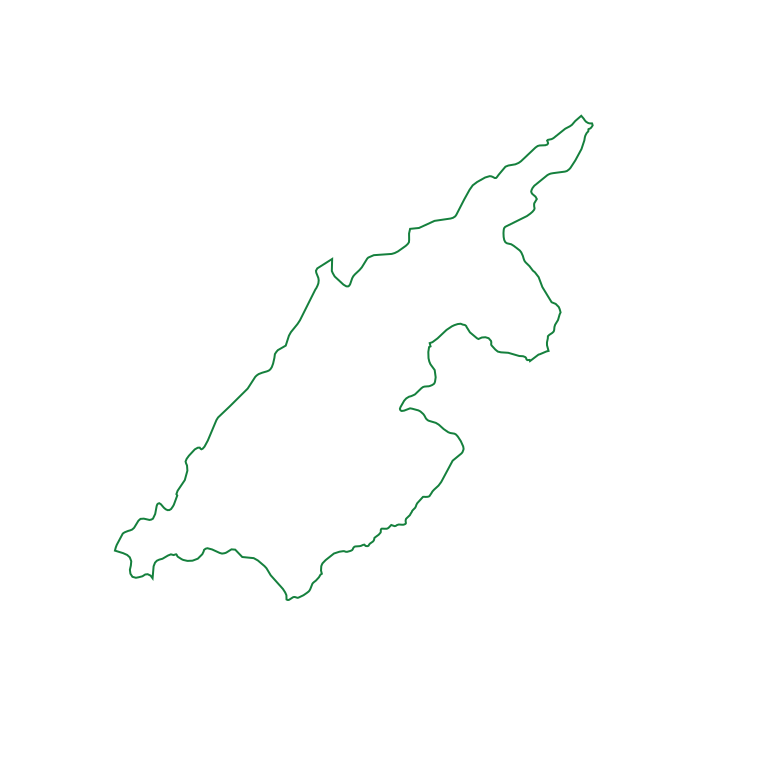 the border of Magway, rotated 57°
{"feature_id": "MMR-3276", "entity_name": "Magway", "entity_type": "Division", "adm_level": 1, "iso_a3": "MMR", "parent_name": "Myanmar", "parent_adm1": "", "projection": "albers", "projection_center": [94.956, 20.535], "detail": "fine", "context": "isolated", "style": "outline", "palette": "green", "viewbox_px": 768, "rotation_deg": 57, "n_neighbors": 0, "source": "natural_earth", "source_scale": "10m", "svg_char_len": 6137}
<svg xmlns="http://www.w3.org/2000/svg" viewBox="0 0 768 768"><g transform="rotate(57 384 384)"><path d="M377.2,700.4L375.1,698.1L373.4,695.8L367.2,684.6L367.1,683.4L367.2,681.9L367.9,678.5L368.5,676.6L368.9,674.5L368.5,671.9L364.9,664.4L364.5,661.7L366.1,658.8L370.3,654.7L371.0,652.9L371.1,651.1L368.4,646.7L362.5,641.1L361.9,640.3L361.4,639.5L361.3,638.5L361.6,637.4L363.4,636.6L367.9,636.0L370.2,635.3L371.9,634.2L372.8,632.7L372.9,630.7L371.7,627.7L370.8,626.0L364.9,618.1L363.3,618.1L361.1,615.2L356.1,603.4L349.6,596.1L345.1,593.6L342.7,593.2L340.9,592.6L339.3,590.3L337.9,586.7L335.8,578.3L336.0,574.9L337.0,573.2L338.5,573.1L339.3,572.7L339.5,571.3L338.8,568.7L335.5,562.6L323.0,544.2L321.7,541.4L318.8,525.8L313.6,500.8L307.9,488.1L307.5,486.1L307.4,483.8L308.2,480.0L309.6,475.4L310.0,473.4L309.8,471.4L308.8,469.0L306.5,465.9L302.4,461.7L299.5,459.2L298.5,456.9L297.8,454.6L298.3,445.5L291.7,437.4L289.8,433.8L286.6,423.9L284.8,419.8L267.3,390.0L266.8,388.7L265.3,386.2L263.8,384.2L261.5,382.3L259.3,381.3L253.8,380.2L252.0,379.4L250.7,377.0L250.9,359.4L260.8,366.2L263.2,366.6L267.0,366.8L278.5,363.9L281.6,362.4L282.6,360.9L282.6,359.7L281.9,358.1L278.0,353.1L276.9,351.1L276.2,348.7L275.1,342.6L274.1,339.1L269.7,329.8L269.4,328.3L270.4,322.4L279.1,306.7L280.0,303.7L280.4,300.1L280.0,290.5L279.5,287.8L278.7,285.9L276.8,284.4L271.4,281.0L268.1,277.6L272.2,269.7L274.7,252.8L281.5,238.0L282.2,235.6L282.2,233.0L281.5,231.2L272.9,216.2L267.7,206.4L265.7,201.4L265.3,195.9L265.9,186.7L267.2,182.3L268.1,181.1L269.4,180.1L271.6,178.9L272.2,177.9L272.1,176.9L271.9,176.4L270.9,173.7L267.9,163.8L268.5,160.7L271.3,154.2L271.9,150.7L271.8,147.8L268.2,128.2L268.1,125.5L268.7,123.6L271.6,118.7L272.1,116.6L271.6,115.4L270.5,114.9L268.7,114.6L268.5,113.6L269.9,110.1L270.1,108.0L268.6,93.0L269.1,87.7L269.0,85.2L267.6,80.4L266.5,72.5L270.3,72.0L272.2,72.0L274.1,71.7L276.0,70.8L276.8,70.2L277.5,69.5L278.7,67.6L279.4,67.7L280.8,68.2L281.7,70.3L282.0,71.5L281.9,72.5L281.7,73.2L281.7,73.8L283.2,74.9L283.4,75.2L283.5,75.6L283.8,76.9L284.0,77.5L285.3,79.8L286.5,81.2L288.8,83.3L294.5,90.4L300.7,101.8L304.3,109.9L304.8,111.8L305.0,114.6L304.4,116.6L299.2,127.5L298.3,129.7L298.0,131.0L297.8,133.1L299.6,150.0L300.5,152.6L301.5,154.3L302.7,155.7L303.9,156.1L305.4,156.1L309.4,154.9L312.1,155.1L314.3,159.6L315.3,160.4L317.0,161.4L318.6,162.0L319.6,163.1L320.4,165.6L320.8,168.5L321.0,172.7L318.2,196.7L318.8,198.5L320.0,199.7L322.5,201.6L325.9,203.6L328.6,204.7L330.9,205.0L332.2,204.6L333.0,204.2L336.1,201.2L338.9,199.9L346.0,197.4L348.4,197.2L352.3,197.8L354.9,198.6L357.1,199.1L359.1,199.0L364.4,197.8L370.0,197.4L372.5,196.6L378.6,196.1L389.0,198.4L406.7,198.9L410.3,196.4L414.6,195.5L416.9,195.9L420.1,196.9L421.3,198.8L425.1,203.2L427.5,208.2L429.0,210.0L431.3,211.8L432.4,213.1L432.8,215.0L432.8,218.5L433.2,220.5L435.0,221.8L437.9,224.7L440.3,226.2L445.9,228.0L445.2,229.9L443.9,237.2L443.5,238.4L444.3,249.1L443.1,248.8L442.0,250.8L440.9,251.1L439.8,250.7L438.5,250.8L437.6,251.4L436.9,251.9L436.4,252.3L434.2,255.3L425.5,262.8L421.1,268.7L418.8,270.9L415.7,271.9L410.1,272.8L409.1,272.5L407.3,271.2L406.1,270.8L402.6,271.3L400.0,273.5L398.3,276.6L397.7,280.3L396.3,281.1L387.5,283.8L381.1,283.7L380.7,283.6L380.2,283.5L379.1,283.8L378.4,284.2L377.2,285.5L375.2,286.9L373.9,289.5L373.0,292.8L372.6,295.7L372.7,302.1L374.9,314.3L375.3,320.6L374.6,323.4L377.8,324.5L377.6,326.1L381.3,329.4L386.6,332.6L389.9,333.8L392.8,334.3L399.9,333.9L406.5,337.0L409.9,340.0L410.8,341.3L411.1,342.1L411.1,343.0L411.1,344.3L410.6,346.8L410.1,348.1L409.6,348.9L408.2,351.5L407.8,353.0L407.9,354.9L409.6,363.7L409.4,365.3L409.0,367.8L408.3,369.9L408.2,373.2L409.0,376.2L412.4,382.8L413.5,384.2L414.5,384.5L415.6,384.3L416.3,383.8L417.3,381.6L418.6,375.4L420.0,373.9L424.9,369.5L426.9,368.4L430.6,367.4L432.3,367.3L435.9,367.6L438.1,367.1L439.3,366.4L444.8,361.7L447.9,360.2L454.3,358.5L459.4,356.4L461.2,355.1L464.0,352.0L465.4,351.2L467.5,350.8L468.7,350.7L473.8,350.7L479.5,351.6L481.6,352.5L482.1,352.9L482.6,353.5L483.9,355.3L484.4,356.7L485.7,368.2L497.3,389.3L498.9,393.6L499.9,399.6L500.5,401.9L501.4,403.7L502.8,407.0L502.7,407.8L502.4,408.8L501.3,410.7L500.6,411.6L500.1,412.4L499.9,412.8L502.1,421.1L503.0,422.7L503.9,423.8L504.7,425.1L504.8,425.4L505.5,428.6L505.8,429.5L506.5,430.5L507.1,431.9L507.5,432.7L507.8,433.1L508.1,433.8L508.9,438.1L509.1,438.9L510.0,440.0L510.7,440.5L512.6,441.4L512.9,441.9L513.0,442.5L512.7,444.1L512.1,445.2L509.9,448.1L509.4,449.8L509.4,451.4L509.2,452.1L508.9,452.6L506.2,454.7L507.1,458.5L507.1,459.3L506.9,460.5L505.9,462.0L504.1,464.7L504.1,465.2L504.3,465.8L505.1,466.5L506.2,467.2L506.7,467.7L507.5,470.5L507.8,475.7L509.4,477.4L509.8,478.2L510.0,478.7L510.1,479.2L510.2,482.6L510.5,483.7L511.2,485.1L511.1,485.8L510.8,486.5L509.8,487.6L509.2,487.8L508.1,487.9L507.8,488.5L507.5,489.4L507.2,491.5L506.7,492.8L504.6,496.6L504.4,497.4L504.6,498.6L505.2,499.7L505.5,500.1L505.9,501.0L505.9,502.0L505.6,503.4L504.7,506.2L503.9,507.4L502.6,508.4L502.0,509.2L500.4,512.7L498.9,518.3L499.9,528.9L500.9,533.2L501.6,534.4L502.6,535.8L506.1,538.4L509.3,539.5L509.3,541.1L510.7,543.9L511.8,548.2L512.0,550.6L512.2,551.9L512.5,552.8L515.7,557.3L516.6,558.9L517.0,560.2L517.2,562.6L517.3,566.6L516.6,571.9L516.4,572.6L516.1,573.1L514.3,574.6L513.7,575.3L513.5,575.8L513.3,576.5L513.3,577.4L513.3,580.9L513.2,581.5L513.0,581.9L512.5,582.6L511.6,583.1L508.0,580.9L506.8,580.7L504.9,580.4L500.8,580.4L482.7,583.2L474.5,582.9L471.6,583.4L463.3,585.9L459.1,588.1L451.9,597.1L441.9,599.0L439.6,602.0L439.5,608.0L439.3,609.1L438.9,610.3L438.0,612.2L436.2,613.8L429.1,618.3L425.6,621.5L425.2,622.6L425.0,623.3L425.1,625.2L426.3,626.6L427.8,629.1L429.1,635.3L427.9,640.8L425.3,645.2L422.2,648.2L420.8,649.1L416.6,651.0L415.9,651.1L414.4,650.9L413.7,651.0L413.4,651.6L412.9,653.6L410.8,655.5L410.2,658.6L409.9,665.0L408.9,668.1L408.5,670.7L409.1,673.3L411.4,676.5L420.9,683.9L417.6,684.1L414.8,685.8L413.7,688.0L413.7,691.3L412.5,694.9L411.4,697.6L408.7,700.0L405.0,700.0L401.4,698.3L398.4,695.2L395.0,692.5L390.9,691.6L387.5,692.5L383.8,694.9L377.2,700.4Z" fill="none" stroke="#15803d" stroke-width="2"/></g></svg>